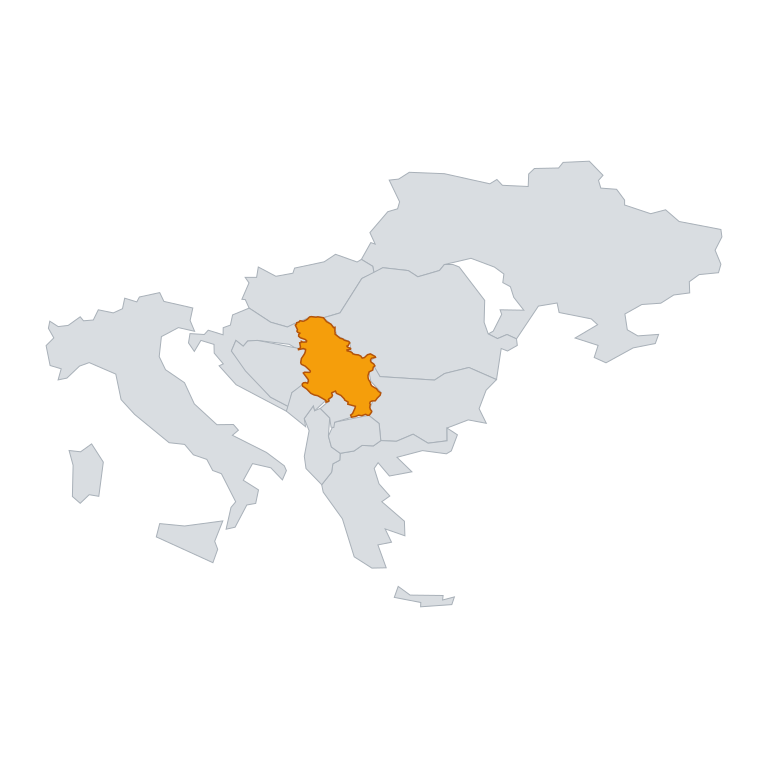 Republic of Serbia highlighted among its neighbors
{"feature_id": "SRB", "entity_name": "Republic of Serbia", "entity_type": "country or territory", "adm_level": 0, "iso_a3": "SRB", "parent_name": "Europe", "parent_adm1": "", "projection": "robinson", "projection_center": [20.755, 44.206], "detail": "medium", "context": "with_neighbors", "style": "filled", "palette": "amber", "viewbox_px": 768, "rotation_deg": 0, "n_neighbors": 12, "source": "natural_earth", "source_scale": "50m", "svg_char_len": 7154}
<svg xmlns="http://www.w3.org/2000/svg" viewBox="0 0 768 768"><path d="M627.3,329.8L637.8,335.9L658.6,334.4L655.3,343.5L633.1,347.9L606.0,362.8L594.2,357.5L598.1,345.4L575.1,338.0L597.6,324.7L591.3,318.9L559.1,312.5L557.1,303.0L538.4,306.1L516.5,338.9L507.0,334.5L497.5,338.6L488.2,333.9L493.2,331.2L501.7,314.4L500.1,309.8L523.8,310.2L513.8,297.4L510.4,286.7L502.8,282.6L503.9,274.0L494.5,267.1L471.0,258.3L444.4,264.5L439.5,270.5L417.8,276.8L408.3,270.6L382.8,267.7L374.1,273.1L372.7,266.3L361.4,259.4L370.8,242.6L375.2,244.1L369.9,232.6L387.8,211.7L397.6,208.8L399.6,201.8L389.2,180.1L398.6,179.1L409.3,172.3L444.4,173.7L489.8,183.8L496.9,179.5L502.4,185.3L528.2,186.5L528.7,174.0L534.4,168.5L558.6,168.0L563.1,162.4L589.3,161.2L603.0,175.3L598.5,180.4L600.8,188.1L616.6,189.3L624.6,200.1L624.6,205.0L650.7,213.7L665.6,209.8L679.1,221.5L720.9,229.5L721.9,236.9L715.1,250.2L720.9,264.2L718.5,272.7L699.1,274.6L689.3,281.7L689.7,292.9L673.7,295.0L660.8,303.2L641.8,304.5L624.9,314.0L627.3,329.8Z" fill="#d9dde1" stroke="#a8b0b8" stroke-width="1"/><path d="M361.4,259.4L372.7,266.3L374.1,273.1L361.8,278.5L340.0,312.9L323.6,317.7L310.9,316.6L287.4,327.0L270.6,322.2L249.1,308.1L245.3,299.6L241.9,299.3L249.0,282.9L245.2,277.4L256.6,277.4L258.3,267.0L275.9,276.3L292.9,273.2L294.6,268.1L324.2,261.8L335.5,254.3L357.1,262.0L361.4,259.4Z" fill="#d9dde1" stroke="#a8b0b8" stroke-width="1"/><path d="M488.2,333.9L497.5,338.6L507.0,334.5L516.5,338.9L517.3,345.4L507.5,351.0L501.2,348.5L496.5,379.6L468.9,367.5L444.6,373.5L434.5,380.1L380.0,376.6L370.1,361.5L374.9,357.2L369.7,354.0L363.3,359.7L351.2,352.3L349.6,341.7L337.0,335.8L334.7,327.7L323.6,317.7L340.0,312.9L361.8,278.5L382.8,267.7L408.3,270.6L417.8,276.8L439.5,270.5L444.4,264.5L452.9,264.5L459.2,267.0L484.7,300.4L484.1,322.3L488.2,333.9Z" fill="#d9dde1" stroke="#a8b0b8" stroke-width="1"/><path d="M373.9,366.0L380.0,376.6L434.5,380.1L444.6,373.5L468.9,367.5L496.5,379.6L486.1,390.2L479.1,408.7L486.3,423.3L468.2,419.9L447.0,428.0L447.1,440.8L428.1,443.2L413.1,434.2L396.4,441.3L380.8,440.6L379.1,423.5L368.6,415.3L372.0,411.7L369.7,408.6L373.1,400.4L381.0,392.4L370.8,381.3L368.9,371.9L373.9,366.0Z" fill="#d9dde1" stroke="#a8b0b8" stroke-width="1"/><path d="M454.4,596.9L451.8,604.6L420.6,606.8L420.8,602.5L394.3,597.4L398.2,586.4L410.1,595.1L443.1,595.5L442.6,600.0L454.4,596.9ZM380.8,440.6L396.4,441.3L413.1,434.2L428.1,443.2L447.1,440.8L447.0,428.0L457.4,434.8L451.3,450.9L446.4,453.8L422.5,450.6L397.0,457.3L411.9,471.8L389.4,476.0L378.1,462.7L374.2,468.4L379.0,483.8L389.8,496.0L381.8,501.7L404.4,521.2L404.9,535.8L385.1,528.9L391.5,542.2L377.9,544.9L386.2,567.8L371.9,568.1L354.2,556.8L342.4,518.8L323.2,492.1L321.7,484.7L331.6,472.2L332.9,463.8L339.8,460.1L340.2,453.3L354.0,451.0L362.0,445.4L373.4,445.9L380.8,440.6Z" fill="#d9dde1" stroke="#a8b0b8" stroke-width="1"/><path d="M340.2,453.3L339.8,460.1L332.9,463.8L331.6,472.2L321.7,484.7L306.0,468.5L304.3,456.3L309.1,430.7L304.2,418.5L313.4,405.8L314.7,410.7L320.3,408.4L329.7,417.9L328.4,436.0L331.4,447.0L340.2,453.3Z" fill="#d9dde1" stroke="#a8b0b8" stroke-width="1"/><path d="M249.1,308.1L270.6,322.2L287.4,327.0L295.1,323.2L306.5,340.3L298.5,349.9L289.2,344.3L257.4,340.4L247.7,341.0L243.2,346.2L235.9,340.4L231.4,351.0L270.4,397.1L288.8,406.8L286.4,411.2L236.1,384.7L219.1,365.8L223.3,363.9L214.2,353.1L214.0,344.4L200.9,340.4L194.3,351.4L188.5,342.9L190.0,333.6L204.3,334.5L208.2,330.2L223.1,334.8L223.2,327.7L230.4,325.1L232.6,314.9L249.1,308.1Z" fill="#d9dde1" stroke="#a8b0b8" stroke-width="1"/><path d="M124.7,298.2L136.8,301.9L139.4,297.0L159.7,292.6L163.9,301.4L192.8,308.0L190.1,320.5L194.6,331.3L178.4,327.6L161.4,336.6L159.2,356.6L165.5,369.7L184.5,382.7L194.3,403.9L216.9,424.7L233.4,424.5L238.4,430.2L232.4,435.3L266.4,452.4L284.3,465.8L286.4,470.6L282.4,479.9L270.8,467.8L252.5,463.6L243.3,480.3L258.5,489.9L255.7,503.4L246.8,505.0L235.1,527.2L226.1,529.2L231.0,507.4L235.7,501.8L221.4,473.7L212.7,470.5L206.8,459.4L193.4,454.8L184.6,444.4L169.1,442.7L134.6,414.4L121.1,399.6L115.8,374.1L89.2,362.6L79.5,366.1L66.9,378.1L58.1,379.9L61.2,368.8L50.1,365.5L46.1,345.6L53.8,337.9L48.4,328.3L49.8,321.2L58.2,326.6L68.2,325.4L80.2,316.8L83.5,320.8L93.3,320.0L98.3,309.8L113.3,312.9L122.5,308.7L124.7,298.2ZM184.6,526.0L222.8,520.9L214.7,541.3L217.7,549.3L212.9,562.7L156.3,536.9L159.7,523.6L184.6,526.0ZM80.6,451.8L91.6,443.9L103.3,462.1L98.8,496.3L89.2,494.7L80.2,503.3L72.4,496.5L73.1,465.3L69.1,450.5L80.6,451.8Z" fill="#d9dde1" stroke="#a8b0b8" stroke-width="1"/><path d="M288.8,406.8L270.4,397.1L245.5,371.0L231.4,351.0L235.9,340.4L243.2,346.2L247.7,341.0L257.4,340.4L306.0,349.9L300.7,361.2L310.6,371.1L307.6,383.2L291.9,392.6L288.8,406.8Z" fill="#d9dde1" stroke="#a8b0b8" stroke-width="1"/><path d="M368.6,415.3L379.1,423.5L380.8,440.6L373.4,445.9L362.0,445.4L354.0,451.0L340.2,453.3L331.4,447.0L328.4,436.0L334.7,422.2L368.6,415.3Z" fill="#d9dde1" stroke="#a8b0b8" stroke-width="1"/><path d="M325.9,400.4L314.7,410.7L313.4,405.8L304.2,418.5L305.6,426.7L286.4,411.2L291.9,392.6L302.7,384.3L325.9,400.4Z" fill="#d9dde1" stroke="#a8b0b8" stroke-width="1"/><path d="M331.1,427.2L329.7,417.9L320.3,408.4L329.2,400.8L332.1,392.2L335.8,390.8L355.9,406.0L351.8,417.2L334.7,422.2L333.8,427.5L331.1,427.2Z" fill="#d9dde1" stroke="#a8b0b8" stroke-width="1"/><path d="M347.1,350.8L350.4,351.7L352.0,352.6L352.8,353.8L354.9,354.5L358.4,354.9L360.8,356.1L362.2,358.1L364.4,357.6L367.5,354.7L370.5,353.9L375.2,356.5L375.5,357.4L371.7,358.2L370.7,359.5L370.5,360.9L371.3,362.3L373.7,363.9L374.9,365.9L373.3,367.1L372.7,370.1L369.1,371.9L368.0,375.6L368.1,377.7L368.6,379.6L370.3,382.3L370.8,384.4L372.0,386.1L376.4,388.7L378.4,391.3L380.8,393.0L380.1,395.3L377.2,398.2L375.3,400.8L372.2,400.9L370.3,401.8L369.7,403.2L370.3,404.2L369.7,407.3L370.4,409.5L371.7,411.1L371.5,412.2L369.4,415.1L367.8,415.4L365.6,414.3L361.7,415.7L358.6,415.2L355.2,416.6L351.5,417.2L350.6,415.1L352.5,413.6L355.0,408.2L355.4,406.3L347.8,404.2L348.1,402.1L344.6,400.0L344.3,398.9L340.9,395.4L336.4,393.3L335.5,391.1L331.8,392.7L331.6,393.2L332.5,395.2L331.8,396.9L328.7,399.0L328.4,399.7L329.0,400.9L328.6,401.4L326.0,402.2L325.9,400.5L324.4,399.5L317.7,395.7L314.3,395.0L310.8,393.3L306.7,389.0L302.6,386.2L302.2,384.1L303.4,382.8L305.6,382.5L307.5,383.3L308.4,381.2L308.3,379.7L303.3,373.0L304.5,372.2L309.6,372.4L310.3,371.8L310.3,370.9L305.3,366.2L301.4,364.3L300.7,362.8L301.4,358.5L304.4,354.1L305.3,352.0L305.6,349.4L303.3,348.5L298.5,349.7L298.3,348.8L300.2,348.2L300.5,347.0L299.7,342.8L301.1,342.5L301.3,341.3L302.7,342.1L304.7,342.1L306.4,341.9L306.7,340.9L305.3,339.5L300.4,337.8L298.6,336.2L298.7,334.5L299.9,333.2L297.6,332.2L296.9,331.1L297.5,329.7L295.3,325.1L296.4,324.3L296.7,322.7L299.0,322.0L300.0,320.7L302.9,321.3L304.3,320.9L307.3,319.3L309.5,317.0L311.2,316.6L316.0,317.2L317.8,316.8L323.4,317.7L326.5,321.6L331.0,324.2L333.6,327.7L335.0,327.3L334.8,331.2L335.2,332.7L335.0,334.0L335.4,334.4L340.1,338.2L342.7,338.9L344.3,340.2L348.5,341.4L349.7,342.6L349.7,343.2L348.6,344.4L348.3,345.5L346.9,346.1L347.4,347.0L350.6,348.4L350.6,348.9L350.3,349.4L347.0,349.9L347.1,350.8Z" fill="#f59e0b" stroke="#b45309" stroke-width="1.5"/></svg>